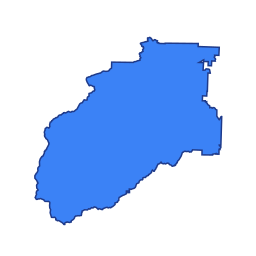 Dungog, New South Wales, Australia (Albers equal-area conic projection), rotated 262°
{"feature_id": "25037944B39236446518145", "entity_name": "Dungog", "entity_type": "district", "adm_level": 2, "iso_a3": "AUS", "parent_name": "Australia", "parent_adm1": "New South Wales", "projection": "albers", "projection_center": [151.601, -32.347], "detail": "fine", "context": "isolated", "style": "filled", "palette": "blue", "viewbox_px": 256, "rotation_deg": 262, "n_neighbors": 0, "source": "geoboundaries", "source_scale": "gbopen_adm2", "svg_char_len": 5695}
<svg xmlns="http://www.w3.org/2000/svg" viewBox="0 0 256 256"><g transform="rotate(262 128 128)"><path d="M42.9,58.7L43.8,58.8L44.1,59.1L45.1,61.3L46.3,62.4L47.4,62.9L48.1,63.9L48.0,65.2L48.2,65.9L47.8,67.8L47.9,68.0L47.9,69.6L49.7,70.2L50.1,70.1L51.0,70.6L51.1,70.9L52.1,70.9L52.6,72.7L53.1,73.4L52.5,76.5L53.5,77.8L53.5,78.1L53.0,78.8L53.3,79.7L54.1,80.5L54.2,81.1L53.8,81.6L53.8,82.6L54.1,83.1L54.6,83.5L53.8,85.4L51.6,87.1L52.2,88.0L51.5,89.6L51.0,90.3L51.0,91.0L50.8,91.5L51.6,92.1L52.4,95.4L52.2,96.7L51.9,96.8L51.6,97.5L51.9,98.9L51.4,99.8L52.0,100.7L52.2,101.7L54.0,104.5L55.6,104.7L56.0,107.2L56.7,107.4L57.6,108.8L59.4,109.1L60.5,109.6L60.9,111.0L61.4,111.7L61.4,112.2L62.0,113.3L62.2,114.7L63.1,117.2L65.8,117.6L65.6,119.2L64.0,118.9L63.8,120.5L66.8,120.9L66.8,120.7L67.4,120.8L66.8,122.7L67.1,123.6L67.4,125.6L68.0,126.7L68.9,127.5L69.3,127.5L71.6,128.8L71.9,129.6L72.0,130.5L72.3,131.2L73.6,131.6L74.6,132.8L74.8,133.4L74.8,134.4L74.9,134.8L74.7,135.1L75.1,135.5L76.5,135.8L76.8,136.8L76.6,138.4L76.9,138.5L77.2,139.1L77.7,139.4L78.2,141.6L79.1,141.9L79.1,142.6L80.6,145.0L81.6,145.2L82.9,146.3L82.4,146.9L81.8,147.1L81.6,147.5L81.6,148.1L82.5,148.6L83.5,149.7L85.2,150.7L85.5,151.2L86.3,151.4L88.1,152.8L88.0,153.0L88.4,154.6L89.6,155.8L89.6,156.1L88.3,156.6L87.6,158.0L87.9,159.0L87.3,159.8L87.2,160.3L87.8,162.0L87.3,163.4L87.0,163.6L86.2,163.8L85.8,164.3L85.5,165.3L84.1,166.3L83.9,167.0L84.4,168.5L84.6,168.8L84.2,168.9L84.3,169.3L84.6,169.9L85.8,170.5L86.1,171.1L87.0,171.6L86.9,171.9L88.4,172.6L89.5,174.1L92.6,176.6L94.6,177.7L95.8,178.2L96.3,178.7L96.4,179.4L97.0,180.4L97.0,181.5L96.6,182.2L96.4,184.9L95.6,185.5L95.7,186.5L95.4,187.1L96.1,188.0L96.8,188.3L97.0,188.8L97.4,188.9L95.7,198.2L91.1,197.5L89.5,208.0L90.2,208.1L90.4,210.8L90.3,210.7L90.0,212.2L89.8,212.0L89.4,214.4L94.2,215.2L94.0,216.0L94.5,215.8L95.5,217.1L96.5,217.4L97.8,216.0L98.4,216.0L98.1,217.6L126.3,222.4L126.4,222.1L126.0,221.4L123.8,219.9L123.5,219.7L123.6,219.4L127.3,217.6L133.5,218.5L134.2,217.4L135.4,216.9L136.1,216.2L136.4,215.0L135.9,214.4L136.0,214.0L136.7,213.4L136.9,212.8L136.7,211.8L138.8,211.9L139.5,210.8L140.7,210.0L141.5,209.9L142.3,209.0L142.6,208.9L143.2,209.4L143.4,208.2L144.2,208.3L144.6,205.4L149.5,206.3L148.7,210.4L153.4,211.3L153.3,211.7L171.3,214.8L170.9,217.1L171.1,217.1L174.3,216.9L174.6,216.8L175.1,216.0L175.7,213.6L175.4,213.1L174.8,212.7L174.6,212.4L174.8,210.4L182.2,211.9L183.0,207.5L184.1,210.4L184.7,211.5L185.0,212.5L183.3,212.2L182.6,216.7L178.6,216.0L178.0,219.3L182.7,220.2L182.1,223.7L182.9,223.6L183.9,224.3L184.5,224.2L185.8,223.3L186.3,223.3L186.8,224.0L188.0,223.9L187.3,228.1L195.2,229.6L198.9,208.8L201.9,209.3L206.8,176.7L206.4,176.6L207.4,170.5L208.2,170.3L208.2,168.9L208.7,168.7L209.5,168.8L210.1,169.4L210.4,169.2L210.7,168.1L211.5,167.5L211.8,166.4L211.0,165.3L210.9,164.8L211.4,164.4L213.6,163.5L213.7,163.1L214.6,162.4L214.7,161.9L214.3,160.8L214.5,160.1L214.4,159.9L213.2,159.7L212.8,160.0L212.3,159.7L211.4,160.0L211.1,159.7L211.1,158.4L210.8,157.8L211.1,157.2L210.7,156.0L210.5,153.6L210.3,152.4L210.1,152.1L209.6,152.1L209.3,152.4L208.6,152.6L208.1,153.2L207.2,153.0L206.9,153.1L206.4,153.8L206.5,154.4L205.7,154.7L205.0,154.3L204.6,154.5L204.0,154.1L203.5,153.4L201.8,153.5L201.6,152.6L200.7,151.7L200.8,150.4L199.8,149.5L198.1,150.1L197.1,149.7L196.0,150.5L195.6,150.4L194.8,149.4L193.6,149.4L193.4,149.3L193.2,146.6L192.7,145.0L192.8,143.3L192.2,142.5L195.5,121.0L189.6,120.0L188.5,117.8L187.9,117.7L187.3,116.8L187.1,116.2L187.1,114.1L187.8,111.6L187.6,111.2L187.6,110.6L186.8,109.5L186.1,108.0L186.3,107.4L186.0,106.3L186.0,105.3L185.6,103.0L185.0,100.6L185.0,99.2L184.5,98.5L184.0,97.2L184.1,96.1L183.7,95.4L183.8,94.6L183.7,94.4L182.3,93.5L180.9,93.5L178.6,94.1L176.2,95.2L175.5,95.3L175.2,95.8L175.6,96.9L174.9,98.2L174.1,99.1L173.8,100.2L173.5,100.4L172.5,100.1L172.1,100.4L171.4,100.2L170.4,100.5L169.3,99.7L169.4,99.0L169.1,98.1L168.0,96.9L167.6,94.2L165.1,93.8L164.8,93.6L164.5,92.6L164.1,92.1L162.7,91.6L161.6,91.5L161.4,91.1L161.6,89.7L162.0,88.7L162.0,88.4L161.2,87.9L160.7,87.2L159.5,86.4L159.1,84.4L158.5,83.5L153.8,80.1L153.1,78.6L152.0,77.0L151.9,75.7L152.3,75.0L151.6,73.6L152.2,72.0L152.7,71.6L152.7,71.1L152.2,69.8L151.9,69.5L151.6,68.1L152.1,67.2L152.1,66.4L151.5,66.1L151.5,65.5L151.3,65.0L150.3,63.8L150.4,62.6L150.2,61.5L149.9,60.9L148.8,60.2L148.6,59.4L148.1,58.9L148.3,58.0L147.5,56.7L147.5,56.1L147.0,55.1L146.0,54.2L145.9,53.5L144.9,53.0L144.6,51.8L142.1,50.8L140.3,50.8L139.1,49.9L139.0,49.4L139.5,49.0L139.8,48.4L139.9,47.4L139.3,46.8L139.1,46.1L138.6,45.8L137.2,45.5L136.6,45.0L135.4,44.5L133.6,44.7L133.2,44.5L132.7,44.7L132.3,44.3L131.1,44.3L129.6,45.2L129.0,45.2L127.6,46.6L124.8,47.3L124.4,47.6L123.8,47.4L123.4,47.6L122.0,46.8L119.4,44.9L118.9,44.7L118.7,44.4L118.0,44.3L117.5,43.0L117.1,42.6L116.4,42.5L116.3,41.9L114.5,41.6L113.6,40.8L112.4,40.3L112.4,40.0L111.6,39.3L111.7,38.7L109.6,36.8L106.9,35.6L102.7,35.2L101.3,33.4L99.9,32.9L98.5,33.0L96.7,31.9L96.2,31.4L95.7,30.6L94.8,30.2L94.4,29.6L93.6,29.1L91.2,28.8L88.8,30.3L87.6,30.6L86.9,31.1L86.6,30.8L85.8,31.1L84.7,29.9L84.0,29.5L81.2,29.3L79.6,30.2L79.0,30.3L78.2,28.7L76.3,28.0L75.2,28.3L73.0,26.9L72.3,26.8L72.0,26.4L70.1,27.3L70.0,28.3L70.3,29.2L70.1,30.5L70.3,31.8L69.6,32.7L68.6,34.7L67.9,34.8L66.9,35.6L66.4,38.5L66.4,39.1L65.5,40.1L64.8,40.2L62.5,39.6L59.8,39.4L58.0,40.0L54.9,39.1L50.2,39.8L49.8,41.7L49.8,42.4L49.9,42.7L49.8,43.1L48.4,44.0L47.6,43.7L47.0,43.8L46.9,44.3L46.0,45.1L46.0,46.2L45.6,47.2L44.8,47.9L43.6,49.5L42.4,50.5L41.5,51.0L41.3,51.3L41.3,52.0L42.3,52.0L43.1,52.8L43.2,53.5L43.1,54.1L43.5,54.6L43.0,55.5L43.0,55.9L42.8,56.2L42.5,57.3L43.0,58.3L42.9,58.7Z" fill="#3b82f6" stroke="#1e3a8a" stroke-width="1.5"/></g></svg>